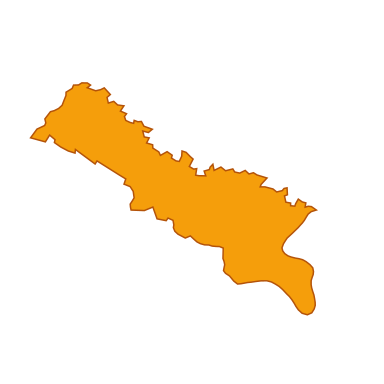 Itatiba do Sul, Rio Grande do Sul, Brazil (Equal Earth projection), rotated 122°
{"feature_id": "56859067B16431259864776", "entity_name": "Itatiba do Sul", "entity_type": "district", "adm_level": 2, "iso_a3": "BRA", "parent_name": "Brazil", "parent_adm1": "Rio Grande do Sul", "projection": "equal_earth", "projection_center": [-52.482, -27.355], "detail": "fine", "context": "isolated", "style": "filled", "palette": "amber", "viewbox_px": 384, "rotation_deg": 122, "n_neighbors": 0, "source": "geoboundaries", "source_scale": "gbopen_adm2", "svg_char_len": 2614}
<svg xmlns="http://www.w3.org/2000/svg" viewBox="0 0 384 384"><g transform="rotate(122 192 192)"><path d="M235.0,29.1L231.0,26.4L226.4,26.4L222.9,27.4L220.3,29.1L217.3,31.7L214.7,34.1L212.4,36.9L209.9,39.7L207.4,41.9L204.0,44.0L200.6,44.9L197.8,45.5L195.1,46.8L192.3,49.4L191.1,53.5L190.6,58.5L190.8,62.3L191.9,66.0L193.3,69.4L194.6,73.5L195.3,76.8L195.1,80.7L193.9,83.8L191.7,86.1L187.4,87.0L183.6,87.0L180.6,86.9L177.0,85.9L173.3,84.9L170.0,84.1L166.0,83.1L162.9,82.6L159.8,82.0L156.5,81.7L153.0,81.8L149.2,81.8L145.5,80.5L141.4,77.0L141.1,83.0L142.5,85.9L144.9,88.0L140.9,89.7L142.0,93.2L141.7,98.1L147.0,97.9L149.5,97.3L151.4,101.1L149.1,102.5L150.9,107.0L146.3,111.5L143.8,109.6L138.1,113.6L140.2,115.8L143.0,116.2L147.1,120.2L146.5,124.9L149.0,132.9L151.5,136.9L148.9,137.4L140.4,135.8L143.1,145.9L143.1,150.1L146.5,153.2L145.5,158.3L150.7,161.6L152.4,166.4L150.8,169.6L156.2,174.8L155.5,180.7L162.0,184.7L157.4,189.0L161.3,189.8L163.8,189.2L167.8,192.8L171.0,188.9L174.5,194.7L175.8,197.8L169.7,200.4L171.7,202.7L171.8,207.8L163.5,208.5L162.9,212.2L161.5,218.0L162.5,222.2L167.1,219.7L172.8,219.0L174.1,222.0L174.1,227.4L171.3,228.3L171.0,234.5L177.7,238.2L175.6,241.4L175.5,248.5L172.8,250.4L174.5,256.5L168.8,257.0L170.6,261.7L166.4,266.1L164.7,260.5L159.8,258.9L161.7,267.6L159.0,272.3L161.1,275.1L161.9,279.0L164.7,277.9L165.8,281.2L166.4,286.1L163.8,289.3L160.3,289.0L161.3,295.6L155.0,295.4L157.6,301.2L156.6,306.4L160.9,310.1L156.8,314.2L152.6,312.9L150.2,321.6L153.6,323.7L157.2,327.3L159.1,336.1L155.1,334.7L155.0,338.6L157.9,343.3L161.3,344.9L164.1,349.1L167.7,348.5L174.1,351.7L177.0,350.0L181.5,349.2L187.3,348.1L191.9,349.4L196.1,352.0L198.9,354.6L208.0,355.5L210.9,352.6L213.7,352.2L220.8,356.8L231.6,357.6L227.2,342.9L219.2,342.9L220.2,335.9L223.0,334.9L223.4,327.1L222.8,318.7L221.0,311.8L217.7,313.4L218.5,303.3L219.6,289.0L216.0,289.0L216.1,263.0L216.0,255.1L221.4,253.8L220.2,247.3L222.6,242.2L227.6,238.0L231.5,237.9L235.0,238.0L237.4,236.2L239.6,234.1L233.0,222.6L225.5,217.2L233.3,207.4L230.0,198.7L226.8,198.5L226.1,193.1L229.5,190.0L232.1,188.9L234.4,185.7L235.2,181.6L234.6,173.3L230.1,170.1L231.0,165.5L231.7,161.4L231.4,157.6L230.2,153.4L228.0,149.6L227.2,146.3L225.4,142.7L223.7,139.8L223.0,135.8L232.0,130.5L234.0,127.9L236.4,125.7L239.2,124.7L242.0,123.6L243.2,120.5L243.3,115.7L245.4,109.4L245.9,104.6L243.8,101.8L241.7,99.5L239.3,96.9L237.0,93.9L234.1,90.5L230.7,86.3L227.6,81.4L226.2,77.0L225.9,72.7L225.9,68.1L226.7,63.4L228.2,57.8L229.0,54.1L230.5,50.0L232.3,46.2L234.0,43.1L235.6,39.3L236.5,34.4L235.0,29.1Z" fill="#f59e0b" stroke="#b45309" stroke-width="1.5"/></g></svg>